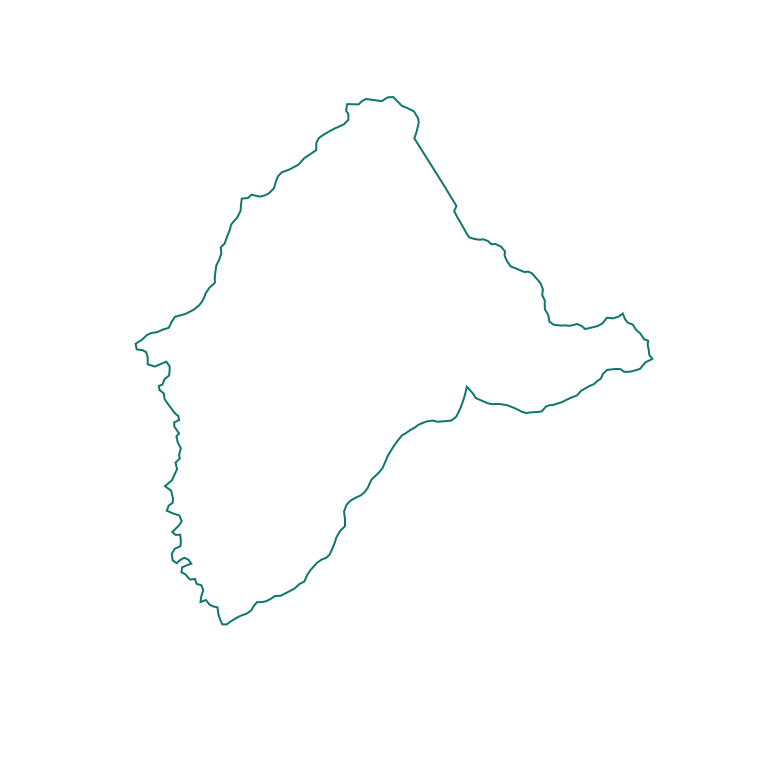 outline of Tanabi, São Paulo, Brazil, rotated 197°
{"feature_id": "56859067B98162890233703", "entity_name": "Tanabi", "entity_type": "district", "adm_level": 2, "iso_a3": "BRA", "parent_name": "Brazil", "parent_adm1": "São Paulo", "projection": "mercator", "projection_center": [-49.657, -20.518], "detail": "fine", "context": "isolated", "style": "outline", "palette": "teal", "viewbox_px": 768, "rotation_deg": 197, "n_neighbors": 0, "source": "geoboundaries", "source_scale": "gbopen_adm2", "svg_char_len": 3802}
<svg xmlns="http://www.w3.org/2000/svg" viewBox="0 0 768 768"><g transform="rotate(197 384 384)"><path d="M565.9,526.3L568.5,522.1L574.2,519.7L573.0,512.8L571.8,507.7L573.0,500.6L575.3,495.5L576.9,491.4L576.5,486.9L577.2,478.3L577.5,471.6L580.0,467.0L577.7,461.0L578.0,454.1L579.0,448.4L578.0,441.9L576.9,436.0L575.3,431.5L579.2,424.8L581.1,418.5L581.3,414.1L582.1,409.6L583.8,405.2L587.9,399.2L594.3,393.0L598.5,390.3L603.5,387.2L605.3,381.1L606.3,374.8L611.5,371.3L616.0,367.3L621.1,364.9L625.1,361.4L628.2,355.8L633.3,349.8L630.6,344.8L624.8,345.8L620.6,344.8L618.0,340.8L615.7,333.7L608.2,333.7L603.3,337.9L598.7,341.7L594.1,338.1L592.9,334.1L592.0,329.3L595.4,324.3L595.6,318.8L598.7,316.4L596.9,312.6L591.8,310.6L589.5,305.5L584.9,301.8L580.0,298.2L575.1,294.7L571.3,293.2L569.4,289.6L573.4,285.9L572.2,282.1L565.5,276.8L567.2,273.2L564.1,267.8L559.5,263.1L559.3,256.7L557.5,252.9L560.4,247.9L557.0,242.1L557.9,235.6L558.7,229.8L563.6,222.3L556.4,219.7L552.2,212.7L551.4,208.6L554.3,204.8L554.7,199.3L547.5,198.5L541.3,198.5L537.3,193.6L538.7,189.0L540.9,184.8L543.2,180.5L539.2,178.8L534.8,180.3L532.1,173.9L531.3,169.3L535.9,165.3L537.3,159.6L534.6,153.6L529.9,152.0L527.2,156.4L524.1,159.5L519.5,158.7L515.8,155.8L519.5,153.0L523.5,149.6L522.6,144.7L518.7,144.1L512.5,140.3L507.7,142.3L504.8,138.1L499.8,138.1L496.5,133.9L496.7,127.3L495.7,121.9L491.1,125.3L486.5,122.1L482.8,121.3L478.0,121.8L474.9,115.1L472.1,111.2L468.4,106.9L464.3,108.0L461.6,111.6L457.3,116.6L453.4,120.4L448.2,124.2L444.7,128.8L443.8,133.1L441.8,138.1L436.6,139.9L433.2,141.9L429.7,145.1L426.3,149.4L421.0,151.2L414.6,157.4L409.8,162.2L406.3,168.1L402.5,171.7L401.5,179.4L399.8,184.8L397.7,189.2L396.0,193.1L392.6,197.6L388.3,201.0L386.2,204.8L385.3,210.9L384.7,217.8L384.7,223.3L382.9,231.0L379.7,236.6L381.8,243.4L384.9,250.2L384.5,257.6L381.7,263.0L377.5,267.3L374.0,270.4L371.5,273.9L369.2,279.7L368.7,284.1L367.9,289.2L365.0,294.3L362.9,297.9L360.9,303.0L360.0,310.2L359.4,316.2L356.8,326.6L354.8,332.5L351.9,339.9L349.0,343.0L345.8,347.2L341.8,351.4L339.5,354.7L335.8,358.0L331.8,360.9L326.5,363.3L321.5,363.6L309.2,368.6L305.5,373.5L304.3,379.7L303.6,386.6L303.4,392.8L303.4,397.0L304.0,405.6L296.3,401.0L292.1,397.4L287.0,396.8L278.8,395.9L274.4,396.4L268.6,398.5L260.9,399.7L254.7,399.4L247.7,398.5L243.9,397.7L239.1,397.9L235.6,399.7L228.4,402.3L225.0,404.1L222.6,409.7L219.5,412.1L215.9,413.5L212.2,416.2L208.5,418.6L205.2,422.0L199.8,426.7L196.0,429.6L193.6,435.1L190.2,438.7L186.9,442.2L183.4,445.0L180.7,449.5L178.2,452.5L177.6,457.6L174.8,462.7L167.0,466.1L162.0,467.4L158.1,465.8L152.5,467.6L147.7,470.5L143.6,473.3L140.4,481.1L134.7,486.5L138.8,489.4L140.9,494.2L143.3,498.5L144.0,502.6L148.6,503.0L153.3,507.0L159.1,509.7L163.4,513.5L168.8,513.9L172.4,516.4L176.3,521.2L179.4,517.0L184.2,513.7L190.2,512.6L192.7,506.0L196.6,501.9L201.6,498.9L207.8,495.3L212.0,497.3L216.9,497.8L223.2,494.0L227.6,493.1L231.5,491.7L238.9,490.3L244.1,492.0L247.1,498.0L252.1,502.6L253.4,506.6L254.7,510.9L258.7,515.2L259.7,521.0L263.9,526.3L269.4,529.7L275.0,533.2L279.0,533.6L282.5,532.1L287.2,532.6L292.7,533.2L297.0,533.4L302.2,537.4L306.1,541.8L307.2,546.3L312.3,549.6L318.6,550.5L322.1,549.0L326.2,551.1L331.2,551.4L335.1,549.8L340.3,549.1L345.3,549.1L348.9,552.0L355.1,558.0L362.8,565.1L367.5,569.9L366.7,575.3L384.7,591.4L426.8,627.8L426.6,635.1L427.2,644.3L429.2,648.2L435.1,653.5L442.6,654.7L448.4,655.3L459.1,661.1L464.1,659.3L468.9,653.8L484.5,651.3L487.8,648.0L490.0,644.0L501.0,640.9L500.2,634.3L497.1,631.9L495.3,626.3L498.3,620.5L506.2,613.6L512.2,607.5L515.8,603.4L518.2,600.2L519.2,594.8L517.2,587.9L522.0,581.8L526.1,577.0L529.8,568.9L537.3,561.4L543.7,556.5L546.1,551.6L546.6,546.7L546.5,538.9L549.8,532.7L553.3,529.4L557.5,526.9L565.9,526.3Z" fill="none" stroke="#0f766e" stroke-width="2"/></g></svg>